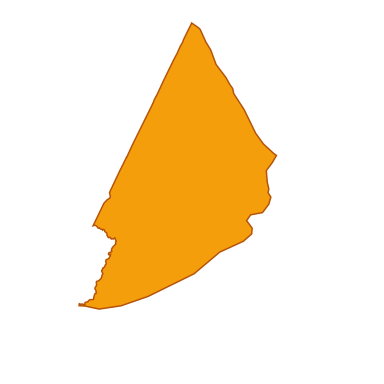 Vallee-du-Ntem, Sud, Cameroon (Robinson projection), rotated 116°
{"feature_id": "32672807B18543980764744", "entity_name": "Vallee-du-Ntem", "entity_type": "district", "adm_level": 2, "iso_a3": "CMR", "parent_name": "Cameroon", "parent_adm1": "Sud", "projection": "robinson", "projection_center": [11.172, 2.512], "detail": "fine", "context": "isolated", "style": "filled", "palette": "amber", "viewbox_px": 384, "rotation_deg": 116, "n_neighbors": 0, "source": "geoboundaries", "source_scale": "gbopen_adm2", "svg_char_len": 2043}
<svg xmlns="http://www.w3.org/2000/svg" viewBox="0 0 384 384"><g transform="rotate(116 192 192)"><path d="M155.7,124.2L150.3,128.6L140.2,134.6L130.3,132.7L122.1,132.1L121.6,135.3L117.5,149.0L111.9,159.4L111.4,160.4L95.1,181.3L85.3,197.6L81.1,200.9L79.0,204.8L75.2,210.3L74.3,211.6L66.9,226.2L56.1,237.5L55.1,239.1L51.1,245.3L42.4,255.8L41.7,257.5L40.6,264.1L40.3,266.4L41.1,266.3L51.2,266.4L58.7,266.4L61.5,266.1L66.7,266.4L75.1,266.1L75.6,266.2L78.2,266.3L81.4,266.4L99.9,266.4L103.8,266.4L118.7,266.1L124.3,266.3L126.0,266.4L126.8,266.1L132.5,266.0L148.6,266.1L173.0,266.2L177.0,266.2L189.3,265.9L189.3,266.1L197.1,266.1L204.1,266.2L221.5,266.0L228.7,265.9L231.8,263.4L233.5,263.2L235.9,264.7L240.6,266.2L244.6,266.2L261.2,266.1L265.7,266.1L264.6,264.9L264.3,263.8L264.5,262.6L265.6,260.6L265.4,260.0L264.8,259.5L265.0,259.0L265.4,258.0L265.0,256.4L265.5,255.7L264.4,255.1L264.3,254.5L265.7,253.0L266.2,251.0L267.0,249.9L268.2,249.4L269.6,247.2L269.5,246.6L268.9,246.3L268.6,245.5L269.6,244.2L269.5,243.7L269.1,243.4L268.7,242.1L267.4,241.5L267.1,241.0L268.2,240.2L269.3,238.6L270.7,238.7L272.2,237.7L276.6,239.2L278.7,239.2L280.3,238.6L280.5,238.1L281.8,238.7L282.9,240.0L284.2,240.0L284.9,239.3L284.7,238.7L283.8,237.8L285.1,237.5L288.2,237.6L290.7,239.5L292.5,239.0L293.3,238.1L294.3,237.6L295.9,238.0L297.4,237.6L298.6,238.3L299.5,238.8L300.3,238.7L300.9,238.3L301.9,238.8L302.6,238.6L303.4,237.8L304.4,236.3L306.3,236.4L308.3,235.8L310.3,236.0L313.1,237.3L314.0,238.4L315.0,238.5L317.8,236.8L320.1,237.2L321.2,237.0L321.7,236.6L322.7,235.1L325.1,233.7L325.9,234.6L327.0,234.6L329.9,234.1L331.1,233.5L331.9,233.6L333.3,236.2L334.2,237.0L336.3,237.6L338.0,239.5L338.7,239.6L339.9,239.0L340.7,238.9L340.8,239.8L340.5,240.7L341.3,242.4L341.7,242.6L341.8,244.3L342.4,244.1L343.7,243.7L341.5,238.4L337.9,224.1L325.3,205.8L305.2,185.8L264.6,154.3L233.8,140.7L213.7,124.2L203.5,120.0L198.1,122.1L193.8,130.4L186.8,129.3L179.6,119.6L169.3,117.6L162.0,118.9L159.2,123.4L155.7,124.2Z" fill="#f59e0b" stroke="#b45309" stroke-width="1.5"/></g></svg>